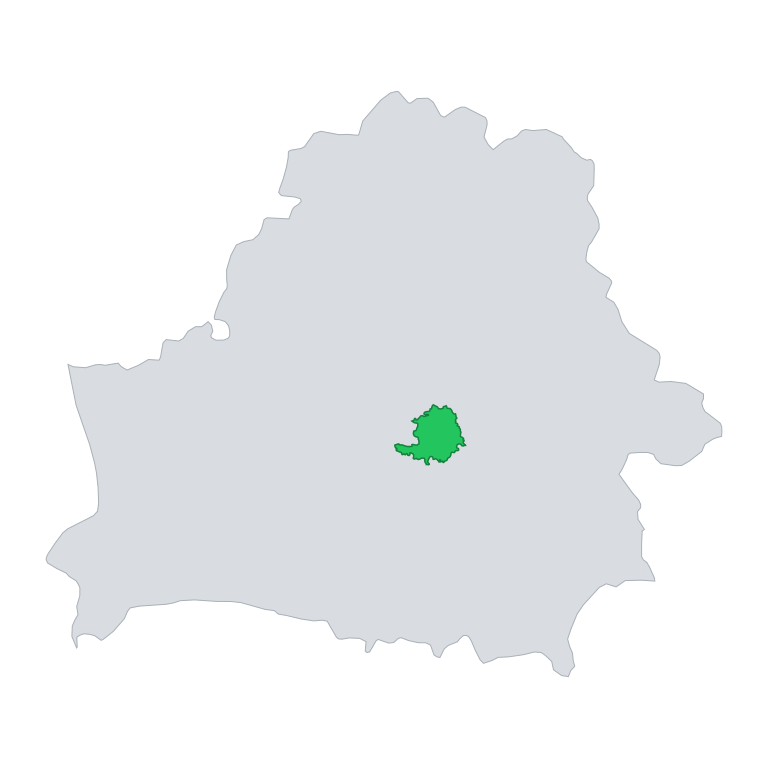 Asipovichy, Mogilev, Belarus (highlighted)
{"feature_id": "67162791B915008440335", "entity_name": "Asipovichy", "entity_type": "district", "adm_level": 2, "iso_a3": "BLR", "parent_name": "Belarus", "parent_adm1": "Mogilev", "projection": "mercator", "projection_center": [28.671, 53.35], "detail": "fine", "context": "in_parent", "style": "filled", "palette": "green", "viewbox_px": 768, "rotation_deg": 0, "n_neighbors": 0, "source": "geoboundaries", "source_scale": "gbopen_adm2", "svg_char_len": 8155}
<svg xmlns="http://www.w3.org/2000/svg" viewBox="0 0 768 768"><path d="M654.8,581.1L641.4,580.2L625.2,580.6L616.1,586.9L606.3,583.8L599.3,587.4L583.4,604.8L577.1,614.1L571.2,628.4L567.6,639.0L569.6,646.4L572.5,653.2L573.2,660.6L574.7,666.4L570.7,670.6L568.4,676.6L561.7,675.6L553.5,669.8L551.7,661.4L545.4,655.5L541.2,652.5L534.3,652.0L523.4,654.7L509.0,656.8L498.1,657.4L492.2,660.4L483.5,663.3L480.1,659.8L475.3,650.3L471.3,640.8L468.6,636.6L466.2,635.4L463.2,635.6L459.9,638.7L457.4,641.8L448.3,645.4L444.3,648.8L439.9,657.5L437.0,656.9L434.0,654.9L430.5,645.1L425.8,642.8L418.2,642.7L408.7,640.6L401.1,637.7L398.3,638.4L393.8,642.5L388.8,643.1L378.0,639.4L375.9,641.1L369.7,651.9L366.8,652.5L365.2,651.1L366.1,641.7L359.8,638.4L349.2,637.9L341.8,639.2L338.2,638.8L336.3,637.0L327.2,621.2L322.4,620.2L313.8,620.9L301.1,619.0L286.5,615.5L278.4,614.1L274.3,610.6L265.2,609.4L241.0,602.6L231.1,601.5L216.6,601.4L194.4,599.9L180.2,600.7L173.6,602.9L166.0,604.3L139.6,606.1L130.2,607.9L127.5,611.3L124.4,618.6L113.5,631.2L103.0,639.5L101.1,640.3L94.9,635.8L89.8,634.3L83.8,633.8L79.5,635.3L76.8,637.3L77.2,647.1L76.6,647.9L71.9,636.4L72.3,626.0L74.9,620.0L78.0,614.6L76.7,606.5L79.8,595.8L79.9,588.0L78.6,584.7L76.1,580.8L69.2,576.5L66.2,573.1L56.9,568.6L47.6,563.0L46.1,559.6L46.5,557.2L48.1,553.7L55.2,543.1L62.8,532.9L67.7,528.8L93.5,515.7L97.6,511.1L98.6,503.2L98.1,487.5L96.5,473.0L94.6,463.0L89.6,444.3L76.1,405.2L68.0,364.4L73.3,366.8L85.7,367.7L95.5,364.8L100.6,364.5L105.2,365.3L118.1,363.1L121.3,366.7L127.1,370.0L138.5,365.3L148.5,359.5L159.0,360.2L160.5,357.3L163.1,342.7L166.2,339.6L178.7,341.0L183.3,338.4L188.1,331.2L195.5,326.7L201.7,326.7L208.1,321.7L211.3,325.0L212.8,331.1L210.7,335.9L211.6,337.8L216.0,340.2L223.7,340.1L228.5,338.1L229.7,335.4L229.7,330.4L228.5,325.7L225.2,321.6L219.2,319.6L214.9,319.5L214.2,316.9L215.7,311.4L219.4,301.3L224.0,292.1L226.8,288.6L227.3,285.4L226.7,279.8L226.6,269.8L230.8,255.6L236.3,245.0L243.8,241.6L252.9,239.7L258.7,234.6L261.6,228.8L264.1,219.6L267.0,217.8L288.9,218.9L292.3,209.7L294.1,207.2L298.4,204.4L301.3,201.2L300.2,198.6L294.6,197.0L281.4,195.6L278.7,192.5L279.6,188.9L283.1,179.3L286.5,167.0L288.2,157.5L288.4,151.8L290.3,150.3L301.0,148.5L304.6,146.6L313.9,133.5L320.9,131.3L339.1,134.7L347.5,134.4L358.1,135.3L359.0,134.0L362.7,121.1L380.7,100.2L390.3,93.0L396.4,91.4L398.5,91.7L408.2,102.8L410.5,103.2L416.9,98.6L428.0,98.2L433.2,102.1L440.6,115.5L444.4,117.2L455.2,109.6L461.2,107.1L465.1,107.2L485.5,117.6L487.0,121.0L487.1,124.9L484.0,137.1L488.2,144.6L493.1,149.7L503.6,141.3L507.5,139.0L511.7,138.9L517.3,135.8L521.4,131.1L525.4,129.5L532.8,130.6L546.4,129.5L562.2,136.8L563.5,139.1L571.4,147.7L574.2,152.0L576.8,153.4L581.0,157.6L586.6,160.2L590.5,159.4L592.4,160.8L594.1,164.1L594.2,169.7L593.7,185.7L588.0,194.1L587.3,197.0L587.5,200.5L592.0,207.3L597.8,218.0L599.1,224.2L599.1,228.8L591.3,242.4L588.6,245.5L586.8,252.2L585.9,258.9L586.4,261.7L599.6,272.5L609.3,278.3L611.5,281.1L611.7,282.9L606.5,294.4L606.0,297.4L613.8,302.2L618.1,309.6L621.9,321.8L629.3,333.4L656.8,350.4L659.2,353.4L660.1,357.0L659.2,364.9L654.2,379.9L658.9,382.1L671.0,381.5L685.8,383.4L703.5,394.0L703.5,398.7L701.7,403.0L702.9,407.6L704.9,411.4L720.2,423.2L721.7,426.6L721.9,432.3L721.5,436.5L717.3,437.4L712.5,439.3L704.8,444.3L701.8,451.4L689.3,461.1L681.6,465.5L675.5,465.7L660.9,463.7L655.8,458.9L653.7,454.5L648.1,452.5L640.6,452.4L630.3,453.1L628.2,454.4L626.5,459.9L622.2,469.1L619.0,474.3L632.1,492.5L638.6,500.0L640.7,504.5L640.6,507.8L637.5,511.6L638.0,519.3L644.4,529.4L642.2,531.0L641.6,543.4L641.6,556.6L643.3,559.8L646.8,562.4L649.6,567.2L654.5,578.2L654.8,581.1Z" fill="#d9dde1" stroke="#a8b0b8" stroke-width="1"/><path d="M438.7,461.5L439.2,461.0L439.5,460.5L439.6,460.2L439.6,459.8L439.9,459.7L440.5,460.0L440.5,460.7L440.4,461.4L440.2,462.0L440.6,461.9L441.2,461.7L441.7,461.5L442.2,461.3L442.6,461.2L442.9,461.3L443.1,461.6L443.0,462.0L443.0,462.4L443.3,462.5L443.7,462.4L444.0,462.0L444.2,461.9L444.5,461.4L444.9,461.1L445.2,461.0L445.8,460.8L446.5,460.5L446.9,460.2L447.2,459.8L447.4,459.0L447.6,458.5L448.0,458.1L448.4,457.8L448.9,457.5L449.5,457.3L449.9,456.9L450.2,456.4L450.4,456.0L450.8,455.2L450.9,454.5L451.0,453.8L451.1,453.2L451.5,452.5L452.0,452.2L452.6,452.3L453.2,452.4L453.7,452.6L454.1,452.6L454.5,452.5L454.9,451.8L455.1,451.4L455.3,451.1L455.6,450.8L456.2,450.6L457.0,450.6L457.6,450.6L458.2,450.5L458.5,450.3L458.6,450.0L458.7,449.5L458.7,449.2L458.3,448.6L458.0,448.3L457.3,448.2L456.9,447.7L456.8,447.3L456.5,446.8L456.7,446.1L456.8,445.7L457.1,445.1L457.4,444.5L457.9,444.3L458.6,444.0L459.4,443.9L460.1,444.0L460.6,444.1L461.1,444.7L461.5,445.4L461.8,445.7L462.1,445.8L463.1,445.9L463.6,445.9L464.0,445.6L464.8,445.4L465.5,445.4L465.3,445.0L465.0,444.6L464.6,444.3L464.0,443.9L463.4,443.1L463.1,442.4L463.2,441.8L463.5,441.5L463.9,441.2L464.1,440.8L463.5,440.2L463.1,439.9L463.3,439.5L463.7,439.2L463.6,438.7L463.2,438.2L462.8,437.7L462.2,437.3L461.6,437.1L461.0,436.8L460.4,436.4L460.4,435.8L460.4,435.2L460.5,434.5L460.6,433.6L460.8,433.0L460.9,432.6L460.9,432.0L460.6,431.5L460.3,430.9L460.3,430.4L460.4,429.9L460.3,429.3L459.9,428.7L459.7,428.3L459.1,427.9L459.1,427.4L459.3,426.9L458.8,426.4L458.4,426.3L457.7,426.2L457.2,425.8L457.3,425.3L457.7,424.9L457.8,424.5L457.6,424.0L457.3,423.6L456.8,423.3L456.2,423.2L455.4,422.6L455.6,422.0L455.9,421.7L455.9,421.2L455.5,420.6L455.5,419.9L455.7,419.4L456.2,418.8L456.7,418.6L456.8,418.0L456.6,417.6L456.3,417.2L455.9,416.4L455.9,416.0L455.9,415.5L455.5,413.8L454.7,414.0L453.9,414.0L453.2,413.3L452.7,412.6L452.0,411.5L451.9,410.8L451.2,409.6L450.1,408.6L449.8,408.5L448.9,408.4L448.1,408.4L447.5,408.4L447.0,408.0L446.8,407.3L446.6,406.3L446.1,405.7L445.1,406.4L444.3,406.4L443.7,406.5L443.2,407.0L443.2,408.2L441.8,408.7L440.4,409.0L438.4,408.6L438.0,407.8L437.6,407.1L436.9,406.6L435.9,406.2L435.1,405.8L434.4,405.4L433.7,404.9L433.0,405.0L432.5,405.5L432.0,406.6L431.7,407.8L431.4,408.8L430.8,408.8L430.0,409.1L430.0,410.0L429.7,411.1L428.9,411.3L428.0,411.5L426.8,411.6L426.6,411.6L425.0,412.1L424.4,412.6L424.0,413.4L424.0,414.1L425.0,414.7L426.4,414.5L427.5,414.4L428.2,414.4L428.5,415.1L427.6,415.6L426.8,415.7L425.5,416.1L424.9,416.4L424.3,416.4L423.6,416.4L422.8,415.7L421.7,415.7L420.5,416.1L419.8,417.2L418.7,418.3L418.0,418.9L417.6,419.7L416.7,420.0L416.1,420.0L415.9,419.4L415.9,419.0L415.2,418.4L414.5,418.6L414.2,419.7L413.8,420.5L412.8,420.7L411.9,421.1L413.2,422.0L414.3,422.7L416.2,423.1L416.9,423.1L417.7,423.5L417.8,424.3L417.8,425.4L417.8,426.2L417.2,427.3L416.7,428.7L416.5,429.7L415.6,430.8L414.8,430.8L413.8,431.1L413.5,432.1L413.4,433.5L413.5,434.4L414.0,435.4L414.1,435.7L415.2,436.4L416.4,437.0L417.3,437.0L417.9,437.4L418.3,438.0L418.2,439.2L418.7,440.0L419.0,442.0L419.0,443.7L417.9,444.4L417.1,445.1L414.6,444.9L413.1,444.4L411.9,444.6L412.0,445.6L411.8,446.4L410.4,446.5L408.8,446.5L407.4,446.5L406.0,446.2L404.7,445.8L403.9,445.5L402.1,444.9L400.5,444.9L399.2,444.7L398.8,443.9L397.9,444.0L396.9,444.4L395.6,444.8L395.4,444.8L394.8,445.1L394.9,446.2L395.3,447.2L395.8,448.1L396.7,448.3L396.9,449.1L396.1,449.9L396.6,450.8L397.9,451.2L399.4,452.0L400.1,452.0L401.2,452.4L401.6,453.0L401.6,453.7L402.1,454.6L402.8,454.6L403.7,453.8L404.3,454.4L405.4,454.8L405.8,454.4L406.4,453.6L407.2,453.8L407.5,454.5L407.9,455.3L409.1,455.5L409.9,454.7L409.9,453.9L410.0,452.8L410.6,452.8L411.7,453.3L412.7,453.7L413.5,454.5L413.7,456.0L413.7,456.4L413.5,457.2L413.2,458.2L414.1,459.1L414.7,459.0L416.1,458.4L416.6,458.4L417.0,459.0L418.3,459.5L419.7,459.2L420.4,458.8L421.4,458.2L423.1,458.1L424.3,458.3L424.8,459.7L424.8,461.2L425.3,462.7L425.8,463.3L426.4,464.1L426.3,464.5L427.1,464.5L428.2,464.7L428.8,464.7L429.3,464.3L429.1,463.6L428.7,463.1L427.9,462.2L427.5,461.7L427.6,461.2L428.0,460.9L428.2,460.3L428.5,459.7L428.6,459.1L428.9,458.5L429.4,457.6L429.8,457.0L430.5,456.6L431.3,456.5L431.9,456.7L432.3,456.9L432.8,457.3L433.0,457.8L433.0,458.3L433.0,458.8L433.1,459.3L433.6,459.4L434.2,459.3L434.6,459.2L435.0,459.0L435.3,458.8L435.8,458.8L436.2,458.9L436.8,459.3L437.2,459.7L437.6,460.2L438.2,460.7L438.6,461.2L438.7,461.5Z" fill="#22c55e" stroke="#15803d" stroke-width="1.5"/></svg>